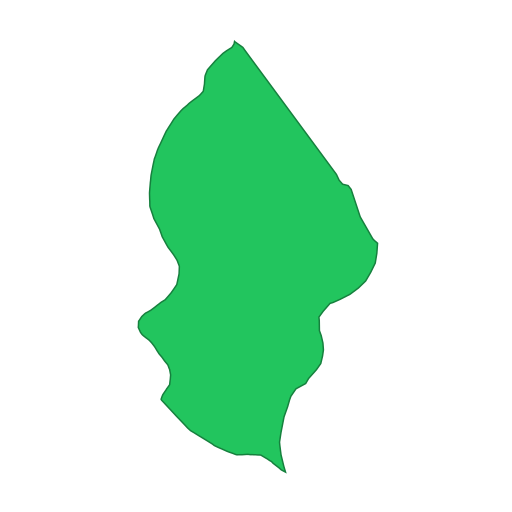 Dame De Traversay, Anse-la-Raye, Saint Lucia (Robinson projection), rotated 191°
{"feature_id": "8701671B44154359269961", "entity_name": "Dame De Traversay", "entity_type": "district", "adm_level": 2, "iso_a3": "LCA", "parent_name": "Saint Lucia", "parent_adm1": "Anse-la-Raye", "projection": "robinson", "projection_center": [-60.986, 13.918], "detail": "fine", "context": "isolated", "style": "filled", "palette": "green", "viewbox_px": 512, "rotation_deg": 191, "n_neighbors": 0, "source": "geoboundaries", "source_scale": "gbopen_adm2", "svg_char_len": 3229}
<svg xmlns="http://www.w3.org/2000/svg" viewBox="0 0 512 512"><g transform="rotate(191 256 256)"><path d="M161.3,314.5L175.3,339.5L179.0,342.7L184.7,343.0L188.9,346.3L192.6,351.4L300.0,450.1L305.3,455.0L306.6,456.2L307.8,457.4L308.8,458.3L317.7,462.3L318.0,462.5L318.0,459.9L319.5,456.1L324.1,451.8L327.0,448.7L327.3,448.3L333.1,440.0L334.3,437.9L336.6,434.0L338.6,430.5L339.2,429.4L339.4,428.2L339.7,426.8L340.0,425.2L340.3,423.6L340.3,422.2L339.7,417.2L339.4,415.0L339.2,407.5L339.8,406.6L341.6,403.6L342.5,402.3L347.8,396.5L349.5,394.6L351.0,392.8L352.2,391.0L355.1,387.5L355.6,386.9L357.3,384.4L358.1,383.0L360.0,379.7L361.2,377.5L362.6,375.0L363.2,373.5L364.1,371.1L366.3,365.6L367.3,362.9L367.8,361.8L368.1,360.7L369.2,356.4L370.4,351.5L371.3,347.9L372.4,343.8L372.5,343.2L372.9,341.3L373.4,337.5L373.7,335.5L373.9,334.1L374.3,331.9L374.3,330.4L374.3,330.0L374.4,325.4L374.4,323.6L374.4,320.6L374.4,315.2L373.9,310.1L373.8,309.6L373.8,308.7L372.7,298.6L372.5,297.3L371.2,291.4L370.7,289.5L370.0,286.2L369.8,285.1L369.6,284.5L369.3,283.8L365.4,277.0L364.7,275.7L363.4,273.3L363.1,272.9L361.3,270.7L360.3,269.5L355.8,264.0L352.1,257.7L351.8,257.1L345.9,250.0L344.0,247.8L343.8,247.6L342.0,246.0L341.2,245.3L338.6,242.9L336.9,241.3L333.5,237.7L332.4,236.4L331.0,234.1L329.5,231.7L329.2,230.9L328.2,224.4L328.1,223.6L328.2,218.2L328.2,217.6L328.3,212.8L329.1,210.9L330.3,208.1L330.6,207.4L332.4,203.4L333.2,202.0L334.6,199.5L336.9,195.6L340.4,192.4L342.7,189.7L343.2,189.2L345.3,186.7L348.9,182.7L351.2,180.7L352.7,179.5L353.5,178.9L354.4,177.8L355.7,176.0L356.5,174.9L357.0,173.8L358.3,170.6L358.8,169.6L358.5,167.6L358.2,165.7L357.9,163.4L357.7,163.1L355.0,159.3L354.6,158.8L354.0,158.3L353.6,157.9L352.7,157.1L351.2,156.2L348.1,154.6L347.6,154.4L345.0,153.1L341.9,150.9L339.5,148.8L338.4,147.8L337.6,147.0L334.8,143.9L334.2,143.3L332.5,141.5L329.0,138.7L327.0,136.8L326.1,135.9L324.8,134.8L322.1,132.6L321.8,132.3L321.3,131.6L320.3,129.9L319.6,128.8L319.1,128.1L319.0,127.8L317.1,123.0L316.6,118.4L316.5,116.8L316.2,113.2L317.0,111.4L318.4,108.4L318.6,107.7L319.4,105.9L320.8,102.6L321.0,102.1L321.4,100.2L321.8,97.5L321.7,97.0L320.8,96.2L316.4,93.0L312.3,90.0L304.1,84.0L298.3,79.9L293.4,76.4L291.9,75.3L290.4,74.2L288.6,73.1L287.6,72.5L287.0,72.1L284.2,71.1L278.1,68.8L271.9,66.5L264.2,63.6L262.9,63.1L260.8,62.0L257.7,61.2L256.1,60.8L255.5,60.7L254.4,60.4L252.8,60.1L247.3,58.8L245.1,58.4L240.9,57.8L238.2,57.3L237.0,57.2L235.1,57.6L233.8,57.9L231.3,58.4L227.3,59.5L225.8,59.8L223.9,59.9L221.8,60.3L221.0,60.4L219.1,60.7L218.8,60.8L216.7,61.0L214.8,61.3L213.3,61.5L210.8,60.6L206.9,59.2L206.4,59.1L204.0,58.0L203.2,57.7L201.6,57.2L200.5,56.4L199.7,55.8L198.3,55.1L197.3,54.6L192.9,52.4L190.6,51.0L189.5,50.6L187.8,50.1L185.8,49.5L188.6,54.9L193.5,65.6L196.5,74.7L197.4,77.8L197.8,87.5L197.8,103.5L196.2,114.2L195.6,121.2L195.0,125.0L191.4,133.3L182.9,140.3L181.0,145.8L175.0,155.9L171.9,162.8L171.6,170.5L171.9,176.7L173.7,183.3L176.8,190.3L179.5,194.8L181.6,204.8L182.6,208.0L179.5,214.6L174.3,223.6L171.6,225.0L165.2,229.5L156.4,236.4L149.4,244.1L143.6,252.4L140.3,261.8L137.6,271.8L137.9,281.6L139.1,291.7L142.9,293.9L144.8,295.3L160.5,313.5L161.3,314.5Z" fill="#22c55e" stroke="#15803d" stroke-width="1.5"/></g></svg>